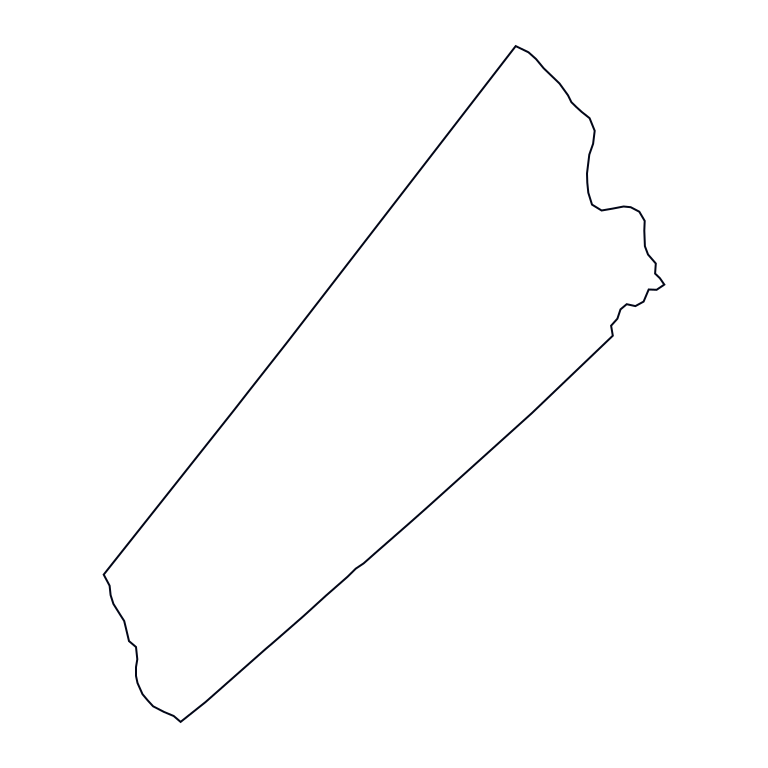 Terra Boa, Paraná, Brazil
{"feature_id": "56859067B60160327815243", "entity_name": "Terra Boa", "entity_type": "district", "adm_level": 2, "iso_a3": "BRA", "parent_name": "Brazil", "parent_adm1": "Paraná", "projection": "mercator", "projection_center": [-52.372, -23.695], "detail": "fine", "context": "isolated", "style": "outline", "palette": "ink", "viewbox_px": 768, "rotation_deg": 0, "n_neighbors": 0, "source": "geoboundaries", "source_scale": "gbopen_adm2", "svg_char_len": 1033}
<svg xmlns="http://www.w3.org/2000/svg" viewBox="0 0 768 768"><path d="M180.6,721.9L205.6,702.0L265.4,649.2L273.6,642.2L281.4,635.4L303.5,616.1L325.9,595.7L347.6,576.7L355.8,568.6L363.6,563.4L375.1,553.2L409.5,523.1L426.3,508.2L475.2,464.2L532.0,413.0L612.8,335.7L611.1,325.7L617.4,318.7L620.5,309.4L626.7,304.2L635.4,306.1L643.6,301.6L648.7,289.5L656.6,289.8L664.3,284.6L659.9,278.2L655.1,273.6L655.8,263.5L648.0,254.5L644.9,246.2L644.3,230.6L644.7,220.9L639.3,211.7L630.7,207.2L623.6,206.5L612.7,208.6L601.6,210.5L592.0,204.6L588.3,192.7L587.3,182.8L587.0,173.5L589.3,154.6L593.1,143.8L594.7,130.8L589.6,118.2L581.8,112.0L576.4,107.1L571.4,102.2L568.0,95.3L559.5,83.5L543.7,68.3L536.1,59.1L528.5,52.3L515.7,46.1L287.1,342.4L248.7,391.3L233.9,410.3L103.7,574.6L109.6,585.7L110.6,595.1L113.4,603.9L120.1,614.6L124.2,621.0L125.8,627.6L129.0,641.1L136.0,647.0L137.3,659.3L136.0,667.1L136.0,675.9L137.5,683.0L142.5,694.2L147.7,700.4L153.1,706.3L163.9,711.9L173.7,716.0L180.6,721.9Z" fill="none" stroke="#020617" stroke-width="2"/></svg>